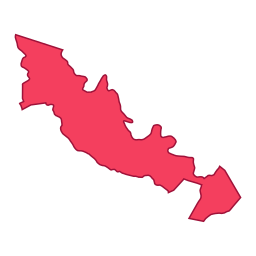 La Resource, Laborie, Saint Lucia
{"feature_id": "8701671B45952926697202", "entity_name": "La Resource", "entity_type": "district", "adm_level": 2, "iso_a3": "LCA", "parent_name": "Saint Lucia", "parent_adm1": "Laborie", "projection": "albers", "projection_center": [-60.962, 13.748], "detail": "fine", "context": "isolated", "style": "filled", "palette": "rose", "viewbox_px": 256, "rotation_deg": 0, "n_neighbors": 0, "source": "geoboundaries", "source_scale": "gbopen_adm2", "svg_char_len": 5757}
<svg xmlns="http://www.w3.org/2000/svg" viewBox="0 0 256 256"><path d="M19.7,103.4L20.0,104.1L20.5,104.8L21.0,105.5L21.2,106.3L22.0,108.5L22.2,109.6L30.9,104.9L45.7,102.9L45.7,103.2L45.9,103.7L46.1,104.0L46.9,104.9L48.1,105.2L50.2,104.5L50.8,104.4L51.5,104.4L52.8,104.7L53.2,104.9L53.5,105.2L53.7,106.0L53.6,106.4L53.4,107.2L53.0,108.5L52.8,109.9L53.0,110.3L53.5,111.1L54.0,112.3L54.4,113.9L54.7,114.4L55.6,115.2L56.0,115.6L56.3,115.6L57.4,116.2L59.4,117.1L60.2,117.7L60.8,118.3L61.2,119.0L61.5,120.2L61.6,121.4L61.9,123.0L62.0,124.8L62.0,125.3L61.0,126.7L60.7,127.4L60.6,128.5L60.8,129.9L61.3,131.2L62.3,132.9L62.7,133.5L63.3,134.1L67.7,137.6L68.4,138.2L69.3,139.3L70.0,140.3L70.4,141.0L71.0,141.8L72.0,143.2L72.4,143.8L72.9,144.6L73.4,145.6L74.1,147.0L75.2,148.5L76.0,149.4L77.0,150.2L77.7,150.6L79.7,150.8L81.4,150.8L81.9,151.0L82.3,151.0L83.3,151.3L84.7,151.9L86.3,152.6L88.1,153.7L88.9,153.9L91.1,155.9L94.3,158.5L94.9,159.1L96.2,160.6L96.8,161.8L97.5,162.7L99.3,164.2L100.1,164.7L102.5,165.5L103.6,165.6L104.6,165.8L105.6,166.2L107.8,167.6L110.1,169.4L111.0,169.9L111.3,169.9L112.2,169.6L113.6,169.4L114.3,169.4L114.7,169.5L115.6,170.2L116.3,170.9L117.1,171.6L117.7,171.8L118.1,171.8L119.2,171.5L119.7,171.4L120.5,171.9L121.3,172.5L121.9,172.9L122.6,173.2L123.7,173.5L125.1,174.0L126.2,174.4L130.6,175.5L133.4,176.2L134.1,176.3L135.1,176.2L135.9,176.3L137.4,176.7L138.9,177.2L139.4,177.1L140.0,177.2L142.0,177.3L142.4,177.2L144.2,175.8L145.2,175.5L146.0,175.5L147.7,175.3L148.4,175.3L149.7,175.7L150.1,176.0L151.0,176.8L151.8,177.7L152.3,178.5L152.5,178.7L153.2,179.1L153.6,179.6L154.0,180.5L154.1,181.1L154.5,182.6L154.6,183.3L154.7,183.7L155.0,184.0L155.8,184.7L156.9,185.1L157.8,185.2L159.8,185.1L160.3,185.2L162.1,186.2L163.8,187.5L165.2,188.6L167.7,190.5L168.0,190.7L168.3,191.6L168.4,192.6L173.7,190.2L183.0,180.0L183.8,178.9L188.0,180.5L196.9,183.1L201.7,184.8L201.4,185.4L201.3,186.7L200.4,189.1L200.1,190.4L200.3,191.9L201.1,195.4L201.0,197.5L200.3,199.2L198.7,201.4L197.3,203.7L189.0,218.4L203.6,221.3L205.6,218.6L208.1,216.5L210.9,214.5L213.2,213.9L215.3,213.5L219.1,213.1L221.7,213.4L224.4,212.9L226.8,211.6L227.9,211.3L229.3,210.8L230.8,209.1L233.0,206.4L240.6,197.5L224.8,170.4L219.7,166.3L218.7,168.3L217.4,169.6L215.5,172.2L214.0,174.7L211.9,175.6L209.3,175.3L208.1,175.5L207.2,176.3L204.1,178.5L203.2,177.5L202.5,177.1L201.9,176.9L200.9,176.8L200.0,176.8L197.4,177.1L196.8,177.0L196.5,176.9L195.1,176.1L193.9,174.8L193.5,174.2L193.4,173.7L193.3,173.0L193.5,172.4L194.5,168.9L194.7,167.9L194.5,166.9L193.8,164.8L193.4,162.8L193.3,162.1L193.4,160.5L193.5,159.2L193.4,158.5L193.1,158.2L192.8,157.9L192.2,157.6L189.0,157.5L187.4,157.2L184.7,156.5L184.0,156.4L180.2,156.2L177.0,155.9L176.2,155.8L174.0,155.1L172.9,154.6L171.9,154.3L169.3,153.1L168.8,152.8L168.5,152.5L168.3,152.1L167.9,151.4L167.8,150.9L167.8,150.4L168.2,149.1L168.5,148.5L168.8,148.3L169.5,148.0L170.4,147.8L172.0,147.2L172.6,146.9L173.3,146.4L173.9,145.7L174.7,144.6L175.8,142.4L176.0,142.0L176.0,141.4L175.7,140.6L175.4,139.9L174.9,139.3L173.9,138.1L171.8,136.5L171.4,136.3L170.5,136.1L169.5,136.1L168.3,136.2L165.8,136.9L164.5,137.1L163.8,137.4L162.8,137.4L161.8,137.1L161.6,136.9L160.9,136.2L160.7,135.2L160.6,133.7L160.7,131.2L160.9,129.6L161.2,128.3L161.2,127.5L160.9,126.7L160.5,126.3L159.6,125.5L158.5,125.0L157.9,124.9L157.4,124.8L156.1,124.9L154.8,125.2L154.0,125.5L153.6,125.8L153.3,126.4L152.3,128.6L151.7,130.7L151.5,131.9L151.0,133.5L150.1,134.6L149.0,135.6L145.1,138.4L144.2,139.0L142.9,139.5L141.1,139.8L139.7,139.6L138.3,139.6L136.9,139.8L135.8,139.8L134.5,139.5L133.6,139.1L133.1,138.7L132.8,138.3L132.1,137.4L131.6,136.5L130.9,134.7L130.7,133.2L130.2,132.1L129.9,131.8L128.3,130.4L126.1,127.3L125.5,126.2L125.1,125.5L124.3,123.3L123.7,122.3L123.6,121.8L123.6,121.3L123.7,121.0L124.0,120.9L124.4,120.8L124.8,120.9L126.1,121.3L128.4,122.0L130.0,122.5L131.7,122.6L132.1,122.5L132.5,122.3L132.6,122.0L132.6,121.3L132.4,120.8L132.1,120.2L131.2,119.6L130.1,119.0L127.6,118.0L127.0,117.6L126.5,117.2L124.0,114.1L121.7,111.7L121.0,110.7L120.7,109.8L120.6,109.3L120.5,106.1L120.1,104.5L119.4,102.6L119.1,101.7L118.8,99.9L118.5,98.2L117.7,94.9L117.2,93.9L116.8,93.4L115.8,92.5L115.3,91.7L114.5,90.9L113.9,90.3L113.0,89.9L112.5,89.7L112.1,89.7L111.5,89.8L109.5,90.6L108.9,90.8L108.5,90.7L108.1,90.4L107.8,90.1L107.2,88.9L106.9,88.1L106.8,87.8L107.4,86.0L107.6,84.6L107.6,84.1L107.5,83.3L106.6,80.3L106.5,79.4L106.6,77.5L106.6,76.8L106.5,76.2L105.9,75.3L105.6,75.0L105.3,74.9L104.8,75.0L104.4,75.2L103.4,75.8L102.3,77.4L101.6,78.4L100.4,80.7L98.6,83.7L97.8,85.5L96.2,88.4L95.3,89.9L95.0,90.2L93.7,91.1L91.8,91.7L91.3,92.1L87.1,92.2L83.1,90.0L82.7,89.6L82.6,89.2L82.7,88.6L83.2,87.5L83.6,86.8L83.8,86.4L84.0,84.4L84.2,83.8L84.7,82.9L85.1,82.4L86.6,81.0L86.9,80.7L87.1,80.2L87.1,79.7L87.1,79.4L87.0,79.0L86.4,78.2L86.1,77.8L85.5,77.2L85.0,76.8L83.8,76.5L81.8,76.2L79.2,75.6L77.2,75.6L76.7,75.6L76.2,75.4L75.6,74.9L75.3,74.6L74.7,74.0L74.4,73.5L74.1,73.0L73.8,72.4L73.4,70.2L72.8,69.2L70.5,66.8L68.7,65.2L68.0,64.5L67.8,64.0L67.6,62.1L67.2,61.4L66.8,60.9L64.6,59.2L63.1,58.2L62.2,57.2L61.7,56.3L61.5,56.0L61.1,54.5L61.1,53.8L61.2,53.4L61.3,52.7L62.2,50.6L62.7,49.9L15.7,34.7L15.4,36.0L15.4,36.8L15.4,37.5L15.9,39.3L17.0,42.7L17.3,44.2L17.5,45.6L18.0,47.4L18.2,47.8L19.0,48.8L19.9,49.6L21.3,50.6L21.9,51.1L24.4,53.6L24.9,54.0L25.7,55.0L26.0,55.7L25.9,56.2L25.2,57.0L23.7,57.6L23.1,58.2L22.6,58.9L22.1,60.3L21.1,63.6L21.1,64.2L21.2,65.3L21.3,65.8L21.5,66.2L21.9,66.6L22.4,67.0L24.4,67.9L27.3,70.0L28.2,70.8L28.6,71.5L28.6,72.2L27.7,73.8L27.6,74.3L27.5,74.9L27.7,75.6L28.0,76.2L29.2,77.7L29.6,78.7L29.5,79.2L28.8,80.0L28.2,80.5L23.7,83.1L22.7,83.9L22.6,84.2L22.5,84.6L22.6,85.2L22.5,98.4L23.7,101.5L19.7,103.4Z" fill="#f43f5e" stroke="#9f1239" stroke-width="1.5"/></svg>